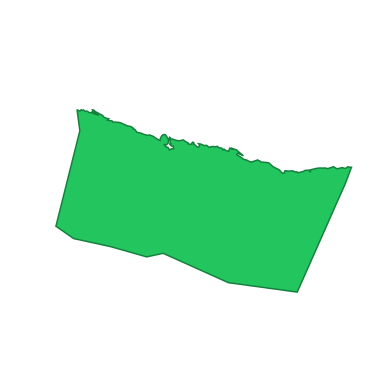 Sawakin, Red Sea, Sudan, rotated 298°
{"feature_id": "16777658B58699373531896", "entity_name": "Sawakin", "entity_type": "district", "adm_level": 2, "iso_a3": "SDN", "parent_name": "Sudan", "parent_adm1": "Red Sea", "projection": "robinson", "projection_center": [37.356, 19.026], "detail": "fine", "context": "isolated", "style": "filled", "palette": "green", "viewbox_px": 384, "rotation_deg": 298, "n_neighbors": 0, "source": "geoboundaries", "source_scale": "gbopen_adm2", "svg_char_len": 2471}
<svg xmlns="http://www.w3.org/2000/svg" viewBox="0 0 384 384"><g transform="rotate(298 192 192)"><path d="M105.5,145.6L112.7,179.0L113.4,182.4L124.3,195.3L129.0,266.7L153.0,331.9L216.2,327.4L248.9,325.0L270.8,323.5L288.7,321.2L287.8,319.3L287.6,317.9L286.2,317.2L284.7,316.2L284.0,313.0L281.9,310.7L280.5,309.0L280.8,305.0L278.9,303.3L276.4,300.9L275.8,298.5L274.4,296.0L272.9,293.0L270.8,290.2L267.0,286.0L266.1,286.9L265.2,286.5L266.2,285.3L266.0,284.6L264.1,281.6L262.0,280.3L258.6,276.3L259.1,275.7L258.1,273.2L257.9,270.7L256.4,268.5L255.6,266.9L254.4,264.1L252.4,264.5L251.0,263.2L252.5,258.5L252.4,254.2L252.4,251.6L253.8,246.0L252.5,242.6L250.9,238.8L251.2,237.2L251.1,234.9L246.3,230.4L245.8,228.1L245.9,225.6L245.1,222.1L245.7,218.9L245.9,213.9L247.7,214.1L248.1,220.5L249.5,213.5L250.1,211.7L249.6,208.7L249.3,206.7L248.7,207.5L248.3,204.7L245.2,205.3L244.5,202.4L244.9,200.1L243.7,199.7L244.7,197.5L244.3,196.6L243.8,194.8L244.2,193.0L242.6,190.9L242.3,189.7L241.0,187.6L239.3,185.9L240.0,184.0L239.9,182.6L238.7,180.9L238.6,179.1L238.4,177.2L237.7,175.1L237.0,176.6L235.0,177.0L234.2,175.9L235.0,172.1L234.9,170.7L236.1,170.8L236.5,169.4L235.5,168.9L233.8,169.0L233.2,167.6L232.6,166.2L233.5,165.6L233.5,163.1L233.9,159.7L231.3,156.9L230.1,153.5L229.7,150.2L228.7,148.4L229.6,147.8L229.8,146.6L228.5,146.7L228.3,147.7L226.9,148.8L223.8,150.0L224.6,151.0L223.1,151.5L223.1,153.2L223.7,154.0L221.5,155.5L220.3,153.3L218.5,152.5L219.7,150.5L220.2,149.6L219.5,148.8L219.8,147.8L220.0,146.5L220.7,145.7L220.9,144.6L221.3,147.1L222.1,147.4L223.7,148.0L224.8,147.6L226.4,147.2L227.2,146.6L228.6,144.5L230.1,141.7L229.3,139.8L227.5,139.0L224.9,138.8L222.4,139.6L222.4,135.7L222.9,131.8L222.6,128.0L221.3,126.2L220.7,124.4L220.4,123.2L220.1,119.9L218.8,115.0L220.0,113.2L220.5,111.8L220.0,110.7L220.8,110.2L221.1,107.2L220.0,103.8L219.6,96.7L219.3,95.4L218.6,93.4L217.4,90.9L216.6,89.0L217.2,88.3L217.0,87.5L216.6,86.3L216.3,84.9L215.5,83.7L216.4,83.6L217.6,83.9L217.0,82.6L216.8,80.1L216.9,78.3L217.7,77.2L217.5,74.5L217.7,71.2L217.6,70.1L217.7,68.7L218.2,66.6L217.8,65.5L217.6,65.7L216.7,66.4L216.0,66.2L216.4,69.4L215.9,73.6L215.3,70.1L215.0,67.0L214.5,65.2L214.0,64.3L213.9,63.2L214.2,62.0L214.0,61.1L213.4,60.3L213.1,59.4L213.4,58.6L213.4,57.4L212.6,56.9L212.6,55.5L211.2,55.3L210.6,54.4L210.8,53.2L210.6,52.5L210.4,52.1L209.2,52.9L199.2,60.1L193.3,64.3L190.3,65.0L97.9,87.9L95.3,109.4L105.5,145.6Z" fill="#22c55e" stroke="#15803d" stroke-width="1.5"/></g></svg>